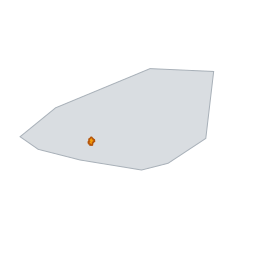 Deglos, Castries, Saint Lucia (highlighted), rotated 245°
{"feature_id": "8701671B12936296158000", "entity_name": "Deglos", "entity_type": "district", "adm_level": 2, "iso_a3": "LCA", "parent_name": "Saint Lucia", "parent_adm1": "Castries", "projection": "albers", "projection_center": [-60.976, 13.977], "detail": "fine", "context": "in_parent", "style": "filled", "palette": "amber", "viewbox_px": 256, "rotation_deg": 245, "n_neighbors": 0, "source": "geoboundaries", "source_scale": "gbopen_adm2", "svg_char_len": 1149}
<svg xmlns="http://www.w3.org/2000/svg" viewBox="0 0 256 256"><g transform="rotate(245 128 128)"><path d="M172.5,173.1L143.0,229.5L85.7,194.1L79.1,149.5L84.2,122.5L119.3,71.0L146.6,37.6L165.7,26.5L176.9,70.9L172.5,173.1Z" fill="#d9dde1" stroke="#a8b0b8" stroke-width="1"/><path d="M134.4,87.9L133.5,87.6L133.4,87.6L133.2,87.5L133.0,87.4L132.9,87.2L132.7,86.9L132.6,86.6L132.4,86.7L132.2,86.8L131.9,86.9L131.8,87.0L131.7,86.6L131.6,86.3L131.6,86.2L131.6,85.9L131.3,85.7L130.8,85.9L130.5,86.0L130.3,86.1L130.1,86.1L129.9,86.0L129.7,86.3L129.4,86.7L129.4,86.8L129.3,87.0L129.1,87.0L128.9,86.9L128.5,86.5L128.1,87.3L127.6,88.2L127.6,88.3L127.8,88.4L127.8,88.5L128.0,88.5L128.2,88.8L128.3,88.8L128.3,89.0L128.5,89.1L128.8,89.3L129.0,89.5L129.4,89.6L129.5,89.6L129.5,89.8L129.5,90.0L129.6,90.3L129.8,90.4L129.8,90.5L130.0,90.5L130.1,90.8L130.1,91.0L130.0,91.3L130.0,91.5L130.2,91.8L130.1,92.0L130.3,92.1L130.6,92.2L130.8,92.1L131.0,92.3L131.3,92.4L131.4,92.5L131.6,92.5L131.7,92.2L131.9,91.9L132.0,91.8L132.1,92.1L134.7,91.1L134.8,91.1L135.0,91.1L135.4,91.1L135.5,91.3L134.4,88.7L134.4,87.9Z" fill="#f59e0b" stroke="#b45309" stroke-width="1.5"/></g></svg>